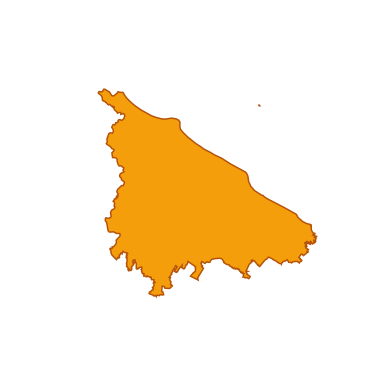 Lampung Timur, Lampung, Indonesia (orthographic projection), rotated 301°
{"feature_id": "22746128B49036162018248", "entity_name": "Lampung Timur", "entity_type": "district", "adm_level": 2, "iso_a3": "IDN", "parent_name": "Indonesia", "parent_adm1": "Lampung", "projection": "orthographic", "projection_center": [105.589, -5.121], "detail": "fine", "context": "isolated", "style": "filled", "palette": "amber", "viewbox_px": 384, "rotation_deg": 301, "n_neighbors": 0, "source": "geoboundaries", "source_scale": "gbopen_adm2", "svg_char_len": 6023}
<svg xmlns="http://www.w3.org/2000/svg" viewBox="0 0 384 384"><g transform="rotate(301 192 192)"><path d="M82.8,207.6L83.5,211.8L83.2,212.6L83.8,213.7L84.5,213.9L84.0,215.1L84.4,214.9L85.7,215.5L86.2,217.2L88.0,217.9L88.3,219.4L89.3,220.6L91.3,218.5L91.1,217.2L95.9,214.9L96.6,216.8L95.6,218.2L97.5,222.1L98.2,222.7L101.4,223.5L101.9,222.3L101.4,221.3L104.1,220.3L105.1,218.1L107.5,217.6L107.0,216.4L111.3,216.9L111.3,216.4L112.2,216.1L113.4,216.4L114.4,215.8L115.9,216.0L116.1,216.5L116.4,216.1L120.5,216.0L120.3,217.8L114.9,217.7L115.0,219.7L115.5,219.7L115.6,220.4L116.1,220.5L117.9,220.6L118.3,220.3L124.2,221.2L121.9,222.2L121.9,224.7L122.7,225.0L126.4,224.6L126.9,225.0L127.2,224.8L128.1,225.0L130.4,224.3L129.8,233.6L128.6,233.8L128.0,234.6L125.6,235.7L123.2,234.7L119.1,234.1L119.7,242.6L121.2,241.1L132.5,241.1L132.8,239.1L133.3,239.4L134.2,238.9L134.0,238.2L134.5,237.5L135.6,236.9L135.7,236.3L137.5,236.3L137.4,239.8L140.0,240.8L140.0,242.1L141.0,243.5L142.4,243.2L144.6,243.7L146.6,245.9L149.5,249.8L150.1,252.0L148.6,255.3L147.9,255.5L147.8,258.9L148.7,261.5L148.4,262.2L148.0,262.3L148.2,265.3L147.8,265.3L147.8,267.1L148.8,267.5L148.2,268.3L148.5,269.3L149.4,269.7L149.4,270.3L149.7,270.1L150.0,272.3L149.5,272.2L148.8,273.4L148.9,274.4L148.2,275.2L148.8,275.7L148.2,276.4L148.2,276.9L149.0,277.0L148.7,277.3L148.7,278.6L147.6,278.6L146.2,279.5L145.4,279.5L145.8,280.1L145.8,281.9L147.0,283.3L147.0,285.3L148.0,285.5L149.6,285.3L149.7,281.8L150.1,281.8L150.1,281.0L151.4,279.6L152.6,280.7L152.2,279.0L159.6,278.3L161.9,279.1L164.0,278.1L164.6,278.9L163.8,279.7L165.1,280.0L165.2,280.5L163.3,286.0L163.6,286.4L163.1,286.5L163.0,288.4L171.3,289.6L173.5,290.8L175.3,290.9L175.7,291.3L176.1,295.0L175.8,296.9L176.1,298.6L175.8,303.7L176.4,305.5L176.2,305.8L177.4,305.5L179.1,306.0L180.0,306.4L180.7,307.4L183.0,308.4L181.6,311.1L182.6,313.1L182.5,313.9L184.5,314.7L186.5,317.5L186.7,319.1L186.4,320.5L188.0,320.6L188.9,321.4L190.0,321.3L190.3,319.0L190.7,319.1L191.1,317.2L194.5,317.6L195.5,318.2L194.9,320.3L199.7,322.1L200.1,321.2L200.6,321.4L200.8,322.1L201.6,321.1L202.6,321.4L202.7,318.2L203.4,318.0L203.7,317.1L204.4,316.9L204.6,317.2L203.8,318.3L204.6,318.5L205.2,317.3L206.0,316.7L205.9,315.3L206.5,314.9L207.1,315.7L207.1,317.5L207.5,318.0L207.9,317.7L208.0,315.9L208.4,315.6L208.8,315.9L208.8,318.6L208.0,319.5L208.1,320.4L208.9,320.3L210.3,318.9L210.8,319.0L210.6,320.2L209.5,321.9L210.7,322.9L211.3,323.0L213.3,321.3L213.5,322.2L212.5,323.2L212.6,323.5L213.5,323.4L214.6,322.3L215.9,322.4L216.4,321.6L216.1,320.4L216.7,320.5L217.6,321.7L218.1,321.7L217.3,317.8L219.5,319.0L219.8,318.4L219.2,317.0L220.1,315.1L221.3,313.5L224.3,311.7L224.2,311.1L225.1,311.1L225.2,310.5L223.9,306.2L223.7,302.0L224.8,295.7L226.3,293.5L226.6,292.3L226.2,279.7L225.0,260.2L225.1,256.4L225.6,254.8L225.1,253.3L225.4,244.9L227.1,239.6L230.0,235.3L234.4,231.7L236.3,228.8L236.6,227.4L235.9,210.4L236.2,199.8L235.4,192.2L235.4,187.1L234.9,179.7L235.3,176.6L235.5,170.3L236.9,159.9L238.5,153.4L239.9,149.7L241.7,148.0L245.7,145.6L246.7,143.8L246.5,140.6L244.7,136.3L240.8,131.7L239.1,128.4L237.4,122.9L236.5,118.0L236.1,107.0L236.5,99.3L237.3,93.9L238.8,87.9L240.2,84.4L241.6,82.2L241.7,81.2L240.2,78.7L239.9,77.0L237.9,76.8L234.4,75.6L233.5,74.7L233.4,73.3L235.2,69.8L235.2,64.3L234.8,63.5L231.8,63.4L231.1,62.7L230.3,60.6L229.0,60.5L228.4,61.0L228.1,63.7L227.3,65.8L224.4,68.2L224.6,71.6L223.6,75.4L224.7,76.4L223.9,80.6L224.7,80.0L225.0,81.2L224.6,81.8L223.4,82.2L222.6,83.0L221.8,86.6L221.2,87.6L222.3,88.2L223.3,89.7L223.2,90.3L221.9,91.0L224.0,92.9L223.0,95.0L220.1,95.8L218.2,95.4L217.0,94.6L217.0,93.0L215.8,91.8L215.1,91.8L214.3,92.6L213.1,92.3L212.1,90.9L210.1,91.4L209.6,91.0L209.3,89.9L208.7,89.6L206.2,89.8L205.2,91.8L203.5,93.5L201.4,93.5L200.7,91.4L198.9,90.7L193.5,91.8L191.3,93.6L189.3,93.6L189.0,94.6L188.9,98.7L187.9,100.9L188.2,103.1L187.3,103.8L184.2,103.2L180.6,106.2L181.8,108.3L182.0,109.3L181.4,111.2L179.8,111.9L177.4,114.7L176.8,116.3L177.9,117.5L177.5,121.3L175.5,121.5L174.6,122.4L174.3,123.3L171.5,121.5L170.3,121.2L169.0,121.4L167.9,122.2L167.5,124.2L166.1,125.3L165.8,128.6L165.2,129.3L162.2,129.8L161.2,128.3L155.8,126.9L153.9,127.3L152.9,128.1L152.5,129.5L152.1,129.7L150.7,129.7L150.8,130.1L148.5,129.6L148.1,130.2L148.7,130.7L147.2,130.5L146.1,129.1L145.4,129.4L143.4,129.2L143.4,130.4L142.3,131.6L139.9,132.4L139.5,133.7L137.6,134.0L135.4,132.6L133.6,132.6L132.2,132.9L129.4,135.3L128.3,135.3L126.9,134.5L126.2,133.5L125.5,131.5L124.8,131.4L122.8,132.4L121.8,134.7L115.9,139.7L115.2,140.8L115.1,141.5L115.6,142.7L117.4,145.1L117.6,148.8L119.0,150.9L119.0,151.9L118.0,152.6L116.5,152.9L111.7,151.8L109.8,153.2L108.3,153.5L105.2,153.2L103.8,151.8L103.3,152.6L102.0,152.4L101.9,151.1L101.0,150.9L99.5,153.0L97.9,154.1L96.7,156.0L95.1,162.1L97.7,162.2L97.7,163.3L98.8,163.5L99.5,162.7L100.6,162.2L100.7,162.6L103.2,162.6L102.9,164.0L105.6,163.4L105.6,166.1L106.4,167.3L106.3,167.9L106.0,167.6L105.9,168.3L105.3,168.0L104.4,168.3L104.1,169.1L103.2,168.6L102.8,168.9L102.5,168.5L102.6,169.1L102.0,169.3L102.3,169.9L101.8,169.8L100.1,171.8L99.5,171.8L96.7,172.8L96.6,173.4L94.4,174.3L94.6,175.1L94.0,176.2L92.2,177.4L91.9,178.5L92.9,178.8L93.3,178.5L93.0,179.6L93.2,180.1L94.3,180.3L95.2,179.9L95.6,179.0L97.1,179.0L97.3,178.7L98.5,179.2L101.2,179.1L101.3,178.6L101.7,178.6L101.4,178.4L101.8,177.9L101.5,177.8L102.4,177.5L102.3,177.0L102.7,177.1L103.1,176.7L104.5,178.0L102.6,179.9L102.0,181.1L97.9,183.5L97.5,184.2L97.8,184.7L98.8,184.9L98.5,185.3L100.6,186.2L101.7,187.5L100.5,188.6L99.4,188.3L98.7,189.7L98.0,189.7L96.6,191.5L97.1,192.0L97.2,193.0L96.2,193.0L95.7,194.0L95.2,194.1L95.7,194.7L95.6,196.2L96.3,197.0L97.1,196.8L97.0,198.0L97.4,200.2L97.9,200.4L97.7,201.2L97.0,201.3L96.0,202.5L97.2,204.5L95.7,205.4L95.9,206.1L95.5,206.8L94.4,205.6L93.9,205.8L93.8,206.6L92.0,207.7L89.7,207.4L89.6,208.4L88.8,208.4L88.0,209.0L86.9,208.0L85.3,208.0L84.5,207.1L82.8,207.6ZM300.8,205.6L301.1,204.7L301.2,204.1L300.5,205.1L300.8,205.6Z" fill="#f59e0b" stroke="#b45309" stroke-width="1.5"/></g></svg>